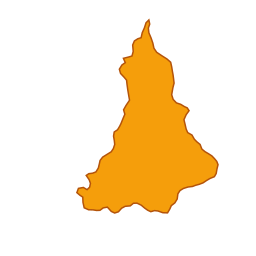 outline of Goiabeira, Minas Gerais, Brazil, rotated 159°
{"feature_id": "56859067B98239132971744", "entity_name": "Goiabeira", "entity_type": "district", "adm_level": 2, "iso_a3": "BRA", "parent_name": "Brazil", "parent_adm1": "Minas Gerais", "projection": "albers", "projection_center": [-41.236, -19.04], "detail": "fine", "context": "isolated", "style": "filled", "palette": "amber", "viewbox_px": 256, "rotation_deg": 159, "n_neighbors": 0, "source": "geoboundaries", "source_scale": "gbopen_adm2", "svg_char_len": 1664}
<svg xmlns="http://www.w3.org/2000/svg" viewBox="0 0 256 256"><g transform="rotate(159 128 128)"><path d="M69.8,221.4L73.4,219.8L76.8,215.6L80.6,211.8L83.4,207.6L86.8,207.8L90.8,207.0L93.9,203.8L95.7,197.6L98.5,193.8L102.4,194.1L107.3,194.7L107.1,190.0L111.1,189.0L115.0,186.0L115.4,181.6L113.4,176.7L112.2,173.2L113.3,169.0L114.5,163.9L115.6,158.5L116.6,153.4L121.7,149.8L125.6,146.6L126.0,142.0L129.1,138.8L132.9,134.7L135.3,132.5L138.4,130.1L142.3,129.2L144.4,125.6L145.3,121.1L146.3,117.4L149.1,114.0L152.2,111.8L156.4,111.0L162.1,109.9L165.7,107.7L167.6,104.8L170.1,101.2L173.7,98.5L177.3,98.5L180.9,99.4L184.0,98.7L182.8,93.6L182.9,89.8L185.0,86.5L188.3,85.1L191.0,88.5L195.9,89.4L198.9,86.0L197.0,82.5L195.0,79.7L196.7,74.6L197.5,69.2L194.1,65.8L190.0,64.1L186.9,62.3L183.7,61.2L179.7,62.3L175.6,61.5L173.5,56.1L170.9,53.4L167.0,53.2L162.7,55.4L158.7,55.9L153.8,54.5L149.9,55.8L146.5,54.6L143.3,51.2L141.1,47.2L139.1,44.2L136.7,41.7L132.9,41.4L129.8,39.8L125.8,36.4L121.5,34.6L118.1,37.3L115.4,40.0L111.1,41.3L107.5,44.1L105.0,48.7L101.8,51.0L97.9,51.7L93.1,51.4L88.7,50.3L85.4,50.3L81.7,49.9L77.5,49.9L73.7,50.8L69.5,51.5L64.8,51.6L62.0,53.9L59.6,57.9L57.1,61.5L57.1,65.0L58.2,68.3L59.7,71.9L62.2,75.3L64.6,78.3L66.6,81.9L66.6,86.8L68.7,90.5L70.1,93.8L70.8,98.5L73.9,102.3L74.1,106.1L73.4,111.0L72.8,115.7L68.9,119.6L64.8,122.3L65.5,125.6L67.7,127.8L70.3,131.2L73.8,134.1L75.6,138.5L75.3,143.4L73.4,146.6L71.6,149.6L68.9,153.4L67.7,158.1L66.9,161.4L66.3,164.7L65.3,169.4L64.6,174.1L66.9,178.5L70.2,182.9L74.1,188.4L75.2,193.2L74.4,198.3L74.2,203.6L74.4,209.4L73.2,214.0L70.5,217.2L69.8,221.4Z" fill="#f59e0b" stroke="#b45309" stroke-width="1.5"/></g></svg>